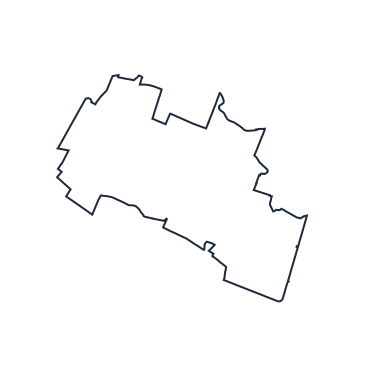 Moara Vlasiei, Ilfov, Romania, rotated 48°
{"feature_id": "2599482B21816132488062", "entity_name": "Moara Vlasiei", "entity_type": "district", "adm_level": 2, "iso_a3": "ROU", "parent_name": "Romania", "parent_adm1": "Ilfov", "projection": "mercator", "projection_center": [26.22, 44.633], "detail": "fine", "context": "isolated", "style": "outline", "palette": "slate", "viewbox_px": 384, "rotation_deg": 48, "n_neighbors": 0, "source": "geoboundaries", "source_scale": "gbopen_adm2", "svg_char_len": 5970}
<svg xmlns="http://www.w3.org/2000/svg" viewBox="0 0 384 384"><g transform="rotate(48 192 192)"><path d="M287.2,123.6L286.4,122.4L286.0,123.1L285.4,124.1L285.2,124.8L284.9,125.1L284.8,125.4L284.8,125.8L284.5,127.1L284.3,128.0L284.3,128.6L283.9,129.3L283.6,129.6L282.8,129.7L282.4,130.0L281.5,131.0L269.0,135.2L267.6,135.6L265.6,136.3L264.3,136.8L264.3,137.2L264.2,138.3L264.0,139.0L263.9,139.2L263.9,139.3L261.6,141.4L261.5,141.6L261.4,143.3L261.3,143.6L261.1,144.0L260.7,144.7L258.7,144.0L256.5,143.5L255.0,143.0L253.9,142.7L253.1,142.2L252.6,141.6L251.5,139.9L250.6,138.6L249.3,136.8L248.5,136.0L248.5,135.9L248.5,135.7L246.6,136.8L246.4,136.3L245.1,137.1L231.9,144.8L228.5,137.9L228.2,138.1L224.4,130.9L225.3,130.2L224.4,129.1L224.5,128.8L224.6,128.2L224.8,128.0L225.3,127.5L225.9,127.1L226.4,126.7L227.0,126.2L227.2,125.9L227.6,124.4L227.6,123.5L227.6,123.0L227.6,122.4L227.3,121.9L226.9,121.6L226.4,121.2L225.5,121.1L222.0,121.3L219.6,121.7L218.1,121.7L216.6,121.8L216.1,121.9L215.2,121.9L214.0,121.8L211.7,121.3L209.3,121.0L208.0,121.1L206.5,121.2L205.8,119.6L204.6,117.0L202.9,113.5L202.3,112.3L201.5,110.8L200.9,109.4L199.9,107.5L199.2,106.2L198.5,104.6L197.6,102.8L196.8,101.0L195.8,99.1L194.3,96.1L193.7,95.5L193.3,96.1L192.8,96.9L192.2,97.5L191.7,98.0L191.4,98.4L190.4,99.5L189.7,100.3L189.3,101.3L188.6,102.3L189.1,102.4L187.5,105.1L183.7,109.8L183.1,110.3L182.0,111.1L180.9,111.5L179.7,111.8L178.6,111.8L175.6,112.3L173.6,112.8L172.6,113.0L171.9,113.3L171.3,113.5L170.3,113.6L168.8,114.0L164.9,116.0L163.4,116.6L162.4,116.9L161.3,117.0L156.8,116.0L156.4,115.8L155.9,115.7L155.1,115.5L154.7,115.5L153.6,115.5L151.3,116.1L150.2,116.2L148.6,116.1L147.9,115.9L147.4,115.5L146.8,114.9L146.3,114.3L146.3,113.4L146.5,112.2L146.7,110.8L146.9,109.2L146.6,108.6L146.0,107.9L145.1,107.2L142.7,106.2L141.3,105.7L139.3,105.2L137.6,105.0L137.0,105.3L138.0,107.2L140.3,111.6L140.9,112.7L141.4,113.7L142.1,115.0L142.6,115.7L143.1,116.9L143.4,117.5L145.7,122.0L147.2,125.0L148.9,128.4L150.2,131.0L151.3,133.3L151.4,133.1L152.0,134.2L151.9,134.4L154.2,139.0L146.5,143.1L143.0,144.9L142.8,145.1L126.5,152.4L126.3,152.5L119.2,155.7L119.1,155.8L119.9,157.5L120.4,158.7L121.3,160.6L122.4,163.0L123.9,166.3L117.2,169.5L113.3,171.3L111.1,172.4L110.0,170.5L108.5,168.1L106.6,164.8L105.6,163.2L102.6,158.0L102.1,157.1L99.4,152.7L99.3,152.2L98.6,151.0L96.3,147.3L95.6,146.0L95.4,145.9L94.5,146.3L89.4,149.0L88.0,149.7L86.3,150.8L86.3,150.7L85.8,151.0L84.4,152.0L83.5,152.6L83.1,153.0L82.6,153.4L81.5,154.3L80.7,155.1L79.7,156.1L77.3,158.9L76.2,157.1L74.5,154.4L73.8,152.9L73.7,152.4L73.6,152.2L73.3,152.1L72.2,152.5L71.5,152.8L70.4,153.3L69.8,153.5L69.7,153.8L69.8,154.0L70.1,155.2L70.2,155.6L70.3,156.3L70.2,156.9L70.1,157.4L70.1,157.9L70.1,159.6L70.1,160.0L69.9,160.5L69.6,160.8L69.0,161.2L68.0,161.9L66.9,162.7L64.9,164.3L62.4,166.3L61.4,167.0L59.5,168.4L59.0,168.8L58.7,169.0L58.1,169.5L57.5,170.0L57.2,170.1L56.8,169.6L56.0,168.4L52.7,173.4L59.5,187.6L60.0,195.2L59.9,195.2L61.3,202.8L62.2,205.2L58.4,206.5L58.2,206.7L57.7,206.8L57.6,206.3L57.3,205.9L56.1,205.5L55.3,205.4L54.5,205.5L53.0,206.1L52.3,207.1L51.5,208.5L53.8,215.4L68.4,258.2L69.7,262.0L69.8,262.6L78.5,255.9L78.6,256.2L79.7,259.0L80.0,259.6L80.6,261.3L83.9,269.9L83.9,270.0L83.7,270.4L84.3,272.8L85.1,276.2L89.8,275.4L90.6,281.2L90.8,282.4L105.2,280.8L105.7,280.8L107.1,280.6L108.8,280.5L109.7,283.7L111.1,288.5L114.3,287.7L131.8,283.6L136.7,282.5L138.1,282.2L142.1,281.3L135.2,266.8L135.1,266.4L134.7,265.3L134.2,263.9L133.6,262.1L133.6,261.9L133.8,261.8L134.3,261.4L134.8,261.0L135.1,260.8L135.6,260.4L137.6,258.5L141.9,255.1L154.6,249.6L159.4,247.9L159.8,247.5L162.6,244.7L163.3,244.1L164.0,243.7L165.1,243.3L166.0,243.1L166.6,243.0L169.7,242.9L169.8,242.9L170.7,243.0L171.7,243.3L172.4,243.4L173.9,243.4L175.3,243.5L176.6,243.6L176.9,243.8L177.6,244.1L178.5,243.7L179.5,243.2L180.4,242.5L182.1,241.3L183.4,240.3L185.3,238.9L185.4,239.1L186.7,238.2L188.3,236.9L193.1,233.3L194.6,232.2L194.7,231.6L194.7,230.0L194.8,228.8L195.2,228.8L195.4,229.1L198.9,237.1L199.6,237.0L205.6,234.6L206.4,234.3L211.4,232.1L214.6,230.8L215.8,230.3L219.7,228.7L222.9,227.3L223.0,227.2L223.5,227.1L232.3,224.9L234.6,224.2L238.7,223.1L240.3,222.7L242.3,222.1L242.9,221.9L243.1,221.6L242.4,220.7L241.7,219.9L241.2,219.5L239.8,218.1L239.4,217.6L239.1,216.6L238.9,215.9L238.8,215.1L238.8,214.6L238.9,214.3L239.1,214.1L239.5,213.8L240.3,213.4L241.3,212.8L242.4,212.1L243.3,211.6L244.6,211.1L245.6,210.8L246.4,210.5L246.5,211.0L246.6,211.9L246.8,214.9L246.9,216.3L246.9,218.0L247.0,218.9L252.3,217.4L253.2,219.8L254.6,219.5L256.2,219.1L257.7,218.8L259.4,218.5L261.1,218.3L263.6,218.0L264.5,217.8L266.1,217.5L267.5,217.2L268.4,217.1L268.8,217.0L269.4,217.0L269.7,216.9L270.3,216.8L270.7,216.9L271.9,218.5L272.1,218.7L272.2,218.8L272.4,219.0L272.6,219.2L272.7,219.6L273.3,220.4L273.5,220.8L274.0,221.3L274.4,221.7L275.2,222.7L275.4,223.0L276.5,224.2L277.0,224.8L277.6,225.5L277.8,225.7L278.0,226.1L278.5,227.1L278.6,227.3L280.1,226.5L281.6,225.8L284.3,224.5L285.7,223.7L287.0,223.1L288.8,222.2L290.7,221.3L292.1,220.6L294.7,219.3L298.6,217.3L301.1,216.1L306.1,213.6L306.8,213.2L309.8,211.7L311.6,210.9L312.1,210.6L313.4,209.9L314.5,209.4L314.8,209.2L315.2,209.0L316.1,208.6L317.1,208.1L317.7,207.8L319.3,207.0L320.3,206.5L321.2,206.1L322.0,205.6L324.0,204.7L324.5,204.4L325.4,203.9L326.3,203.5L326.9,203.2L328.3,202.5L328.7,202.3L329.9,201.7L330.2,201.5L330.4,201.4L330.8,201.1L331.2,200.9L331.6,200.4L331.9,200.0L332.2,199.2L332.3,198.9L332.5,198.1L332.4,197.1L332.1,196.3L331.4,195.0L330.6,193.7L328.6,190.5L326.2,186.7L325.2,185.0L324.2,183.5L323.6,182.3L323.2,181.6L323.0,180.7L323.1,180.1L322.5,180.2L321.6,178.9L319.5,175.5L316.9,171.4L312.4,164.1L311.2,162.1L310.3,160.7L308.8,158.3L307.6,156.3L306.9,155.2L305.5,153.0L304.1,150.6L302.7,151.0L302.5,150.1L303.5,149.8L302.9,148.7L300.2,144.4L299.4,143.1L298.2,141.1L296.8,138.9L294.7,135.5L291.1,129.8L289.9,127.9L287.2,123.6Z" fill="none" stroke="#1e293b" stroke-width="2"/></g></svg>